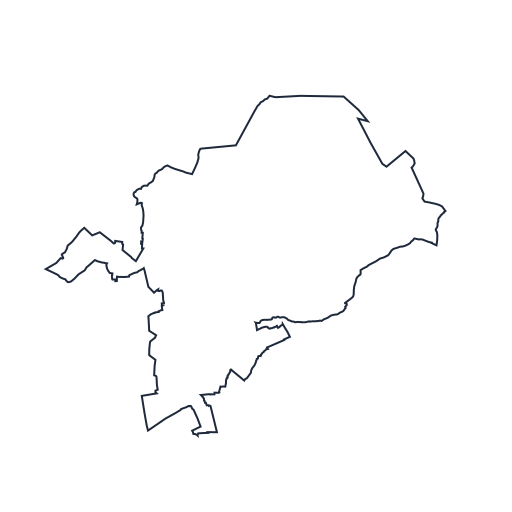 Amecameca, México, Mexico (orthographic projection), rotated 328°
{"feature_id": "50627088B19477271407019", "entity_name": "Amecameca", "entity_type": "district", "adm_level": 2, "iso_a3": "MEX", "parent_name": "Mexico", "parent_adm1": "México", "projection": "orthographic", "projection_center": [-98.751, 19.12], "detail": "fine", "context": "isolated", "style": "outline", "palette": "slate", "viewbox_px": 512, "rotation_deg": 328, "n_neighbors": 0, "source": "geoboundaries", "source_scale": "gbopen_adm2", "svg_char_len": 6136}
<svg xmlns="http://www.w3.org/2000/svg" viewBox="0 0 512 512"><g transform="rotate(328 256 256)"><path d="M414.8,167.2L378.5,143.7L357.1,131.9L356.0,131.0L352.4,127.3L349.0,128.5L346.5,127.9L343.9,128.4L341.5,128.1L339.1,129.2L337.0,129.5L331.3,132.5L297.6,151.5L266.2,135.8L265.3,135.7L263.8,136.6L261.6,138.5L260.5,139.8L259.5,142.0L258.3,143.4L256.9,144.5L256.4,145.2L251.2,148.8L245.2,152.7L240.6,148.0L239.4,146.1L233.4,139.2L230.9,135.8L228.9,132.3L226.3,131.8L224.6,131.9L222.6,132.5L220.6,132.4L219.6,132.1L217.4,132.2L216.2,132.8L214.3,132.8L213.4,133.1L211.3,135.5L208.3,137.7L206.4,137.9L203.4,137.8L201.1,138.8L198.3,137.0L195.7,137.0L194.0,138.1L193.5,137.6L192.6,137.1L190.5,136.9L188.8,137.2L187.7,137.8L186.9,137.5L186.2,137.6L185.1,138.4L184.4,139.8L184.3,141.0L184.4,141.6L185.6,144.2L185.4,145.2L184.3,147.0L182.2,149.0L186.1,149.6L187.1,150.3L187.3,150.8L186.1,152.0L185.1,155.8L183.7,159.1L182.0,162.2L178.2,167.5L175.8,170.0L174.7,170.5L173.8,170.7L173.4,171.1L172.4,173.0L172.4,173.9L171.3,175.6L172.3,176.3L169.0,180.7L168.9,180.9L169.2,181.3L166.9,184.1L166.2,183.0L165.0,184.8L165.9,185.4L163.3,189.1L164.4,189.9L151.4,196.7L149.6,192.0L149.6,190.8L146.0,180.2L149.4,175.8L149.0,174.7L150.0,173.2L144.6,168.6L143.5,170.2L142.9,170.3L142.0,170.0L140.8,165.9L136.1,153.1L128.0,151.7L125.3,141.1L120.9,141.8L118.6,142.4L114.1,144.3L108.6,146.2L106.4,146.8L101.8,147.4L99.3,149.7L96.0,151.6L92.8,151.6L92.0,151.9L91.5,155.5L91.3,155.7L90.5,155.7L89.2,154.3L83.0,156.1L70.8,155.7L77.4,166.1L78.3,167.9L78.3,169.6L80.2,172.7L82.0,174.8L82.0,176.2L82.5,178.3L83.4,179.0L85.7,179.6L90.0,179.0L96.0,177.5L103.1,177.4L106.6,175.7L108.2,175.6L117.2,174.1L117.8,174.8L118.1,175.7L122.4,180.4L123.7,181.2L124.2,182.0L125.8,183.3L124.7,183.9L124.1,184.7L123.1,187.6L122.9,188.8L122.8,190.4L123.0,192.9L125.0,194.7L124.0,195.7L124.0,196.0L123.3,196.4L121.8,199.4L121.8,199.9L123.9,201.1L123.7,202.4L123.4,202.8L124.7,203.5L126.9,200.1L127.3,199.8L128.5,201.0L133.5,204.2L137.4,206.2L138.3,205.2L141.6,205.5L143.9,205.9L146.8,206.9L148.3,206.5L150.3,206.8L151.9,206.8L153.3,207.0L154.4,206.8L153.7,209.5L148.4,225.1L150.1,233.1L154.1,232.4L155.4,232.4L154.4,233.5L154.8,234.0L155.7,234.7L157.1,234.8L157.8,235.4L157.6,237.4L153.7,244.7L153.2,246.8L152.8,247.4L151.0,246.3L150.2,247.8L150.6,248.5L149.7,248.3L147.9,252.2L146.9,251.7L144.1,251.3L143.8,251.9L140.9,250.6L140.1,250.6L140.1,250.3L137.2,249.9L135.4,249.7L132.7,250.1L131.9,251.8L125.8,262.8L129.3,270.3L128.5,270.7L127.2,271.8L121.3,272.4L120.4,273.0L116.0,278.6L112.9,283.5L115.7,290.8L112.0,295.2L106.4,303.2L107.6,304.7L107.6,305.7L103.4,313.3L101.8,317.3L99.4,316.9L98.6,318.1L99.0,319.9L85.0,314.1L78.1,330.4L73.4,342.1L71.9,346.8L79.9,346.5L92.8,345.9L104.6,346.5L110.3,346.6L111.4,346.1L117.3,347.4L119.0,347.4L119.7,347.7L119.9,348.1L120.6,348.2L121.2,348.6L121.3,349.5L121.0,352.0L121.6,353.2L120.4,362.3L118.6,371.3L109.3,370.3L109.2,372.0L108.6,373.8L109.9,374.6L111.0,376.2L111.3,377.3L111.6,376.6L112.3,376.4L113.0,375.8L117.5,378.2L121.6,380.6L121.7,379.8L129.5,384.7L137.9,359.2L137.4,358.2L136.9,357.9L136.6,358.0L136.5,357.3L135.1,356.5L135.7,353.9L135.0,353.5L135.6,351.7L135.3,351.1L136.2,349.4L136.1,349.0L136.4,348.2L135.9,346.7L136.0,346.2L135.6,344.7L143.0,348.3L143.7,349.2L144.0,349.1L144.5,349.4L147.4,351.3L148.4,349.9L151.8,352.2L152.6,352.3L152.9,351.4L156.7,347.9L157.8,348.8L158.8,349.1L160.7,350.5L163.2,347.9L164.4,345.9L165.3,344.9L165.9,344.8L166.6,344.0L167.1,344.2L167.5,344.1L167.6,343.4L168.3,343.0L168.6,342.3L170.0,342.1L170.5,341.5L171.5,341.2L173.0,340.3L173.6,339.2L174.4,338.9L174.8,339.2L174.7,339.4L180.0,355.3L180.5,354.9L180.9,355.0L181.5,354.7L183.1,354.8L184.0,354.6L189.4,352.5L190.0,352.1L190.9,350.9L192.1,349.9L193.9,348.9L196.6,348.0L199.5,346.1L200.8,344.7L201.6,344.4L202.1,343.7L203.3,343.9L204.4,342.6L205.0,342.2L205.9,342.6L206.9,343.3L207.7,342.8L207.9,342.3L208.9,342.1L210.3,341.4L211.4,341.6L212.4,341.0L213.9,340.9L215.0,340.7L215.5,340.4L216.8,341.1L216.9,339.4L235.4,342.2L235.5,341.6L241.9,342.5L242.5,336.8L242.4,334.5L242.6,327.6L242.1,328.2L241.5,328.4L239.7,328.2L238.3,328.7L236.6,328.6L236.7,326.3L236.3,326.3L235.7,326.6L234.2,326.1L233.7,326.3L233.1,325.9L231.1,325.6L229.9,324.9L229.3,325.0L228.3,323.9L228.3,322.6L228.0,322.2L227.4,321.5L226.3,320.9L223.2,320.0L217.6,319.4L220.4,312.8L220.4,312.3L221.2,313.1L223.3,314.6L223.9,314.6L225.2,313.7L226.8,313.5L228.9,314.3L231.7,316.1L235.2,317.9L235.9,318.0L237.1,317.1L237.7,317.0L238.8,317.5L239.5,318.4L240.4,318.9L241.6,318.8L242.5,319.1L243.4,320.6L243.9,321.1L245.7,321.7L247.6,323.0L249.0,325.4L249.3,327.0L249.6,327.7L250.4,328.5L251.8,330.6L253.4,331.8L253.9,332.8L257.0,334.3L257.9,335.2L259.2,335.8L259.7,336.5L262.9,338.4L266.5,339.6L266.7,340.1L269.7,341.5L271.4,342.7L272.8,343.2L274.6,344.4L275.6,344.5L276.2,344.8L277.1,345.8L280.2,345.7L284.0,346.4L288.0,346.2L291.2,347.2L293.3,348.3L294.7,348.7L297.3,348.5L299.3,348.9L300.9,348.9L304.5,347.5L304.6,346.4L305.7,346.0L306.3,346.0L307.1,345.5L307.5,344.8L307.6,344.1L306.5,343.3L306.6,343.0L314.8,342.3L316.0,342.1L317.1,341.7L318.9,339.9L319.3,338.9L320.1,338.1L320.5,337.2L323.4,333.6L326.5,331.1L329.2,328.3L331.2,327.4L332.4,327.3L333.3,327.0L334.5,327.1L335.2,326.7L337.2,323.4L340.3,323.4L344.7,323.8L346.7,323.4L355.1,324.1L359.8,323.9L363.4,324.9L368.2,325.4L369.7,325.0L373.9,323.1L376.2,322.8L380.8,324.0L383.2,324.5L385.2,325.6L388.1,326.4L391.7,326.8L393.5,326.7L395.0,326.1L398.2,325.6L398.8,325.2L399.5,325.1L399.9,325.3L402.8,328.2L403.9,328.7L405.8,330.1L409.9,335.6L412.0,337.7L411.7,337.9L414.7,342.6L417.9,338.8L420.4,335.1L421.5,333.0L422.1,331.4L422.2,329.3L422.6,328.7L425.0,327.4L425.8,326.8L427.6,324.0L429.1,323.1L429.6,322.0L430.5,321.1L431.2,320.6L433.4,320.0L434.0,319.5L436.0,319.2L436.8,318.9L438.7,318.8L439.1,318.2L440.5,318.2L440.0,312.5L438.5,309.9L435.9,306.9L430.7,301.8L427.8,299.2L427.6,295.4L429.8,293.5L431.1,291.8L434.8,263.5L436.7,263.1L439.6,261.6L440.8,258.7L441.2,256.8L438.4,246.2L414.0,249.4L412.0,244.8L413.1,221.3L415.3,193.6L422.2,200.9L420.4,186.6L414.8,167.2Z" fill="none" stroke="#1e293b" stroke-width="2"/></g></svg>